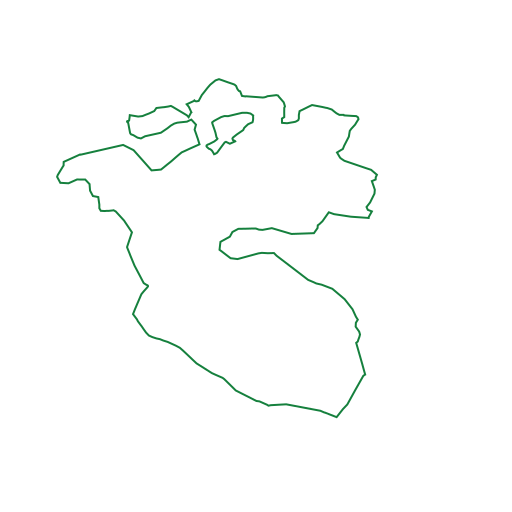 the district of Hazm Al Odayn, Ibb, Yemen, rotated 246°
{"feature_id": "15242507B15559631909516", "entity_name": "Hazm Al Odayn", "entity_type": "district", "adm_level": 2, "iso_a3": "YEM", "parent_name": "Yemen", "parent_adm1": "Ibb", "projection": "albers", "projection_center": [43.968, 14.112], "detail": "fine", "context": "isolated", "style": "outline", "palette": "green", "viewbox_px": 512, "rotation_deg": 246, "n_neighbors": 0, "source": "geoboundaries", "source_scale": "gbopen_adm2", "svg_char_len": 5043}
<svg xmlns="http://www.w3.org/2000/svg" viewBox="0 0 512 512"><g transform="rotate(246 256 256)"><path d="M114.2,206.5L113.7,208.8L109.7,219.4L108.2,223.3L88.4,251.9L85.2,254.8L85.0,255.2L76.0,264.1L80.8,273.2L83.2,279.0L93.8,293.0L94.0,293.3L102.9,305.3L103.3,307.3L103.3,307.5L108.1,308.2L114.0,309.1L135.9,312.2L136.5,314.2L138.1,315.6L140.0,317.5L142.0,319.1L145.0,319.5L150.9,318.3L154.4,320.1L156.4,323.1L159.9,322.6L168.1,322.5L180.5,319.4L195.0,312.4L196.8,310.6L200.7,306.7L203.1,304.3L206.4,299.9L208.5,298.1L213.0,293.9L224.6,287.6L247.9,274.9L251.4,273.6L253.7,268.0L256.5,262.6L257.4,259.3L260.7,237.9L264.3,231.9L269.4,229.1L274.6,226.3L275.1,226.0L276.5,225.2L282.1,228.5L283.4,229.3L284.3,240.0L287.5,244.2L287.7,246.5L288.0,250.9L284.9,258.2L282.6,263.8L282.2,264.7L282.1,264.8L281.7,265.9L281.3,266.6L281.2,267.0L278.9,269.4L277.2,272.6L275.0,281.8L261.7,297.4L255.8,312.0L253.3,318.2L256.5,323.6L258.9,324.9L259.3,326.8L260.7,330.8L261.7,332.5L265.8,339.4L266.3,340.3L262.5,344.3L253.4,358.5L244.9,374.4L245.9,375.0L249.6,380.0L252.7,376.9L255.8,376.9L256.7,378.6L258.5,382.0L264.8,389.6L268.2,391.5L271.3,391.8L277.3,392.3L277.2,396.4L279.2,397.4L281.0,399.5L287.9,396.2L292.0,391.7L307.0,375.5L310.3,373.4L311.6,372.8L313.3,372.6L317.6,372.1L318.2,376.6L318.4,378.8L319.8,380.3L320.8,381.3L327.3,389.4L330.1,391.2L332.2,392.6L332.4,393.0L333.4,394.7L335.7,400.0L336.5,401.1L338.6,404.2L339.2,405.2L340.4,405.5L341.4,405.5L343.0,404.5L345.1,400.4L348.6,393.7L349.3,393.5L351.0,389.6L353.6,387.6L355.8,386.4L359.0,384.8L362.2,381.3L363.2,379.8L363.9,378.9L364.7,377.8L365.3,377.0L370.9,368.9L371.1,368.6L371.0,364.7L370.9,362.4L370.7,357.6L370.7,356.5L370.6,354.7L367.4,352.5L364.2,351.1L362.9,349.9L362.7,348.2L362.6,346.7L363.1,344.4L363.4,343.3L363.6,342.5L364.6,338.5L367.0,334.0L367.1,333.9L371.0,335.6L371.4,338.3L373.7,339.3L376.0,340.3L378.8,341.6L379.9,342.1L380.7,343.1L380.9,343.3L383.8,343.7L385.2,343.8L392.4,341.6L393.6,341.4L394.7,340.0L395.3,338.0L397.3,331.5L397.3,331.1L397.3,329.8L397.5,328.4L398.0,326.7L406.0,311.8L406.1,311.1L406.3,310.9L407.9,308.3L408.2,308.3L412.9,308.5L413.6,307.6L415.5,307.0L417.1,306.9L419.4,307.0L421.3,306.1L422.6,304.8L426.0,301.1L430.2,296.7L432.6,294.1L432.9,290.4L431.2,284.2L430.8,283.2L429.3,280.0L426.8,275.3L425.1,272.0L421.0,266.7L421.4,264.9L421.7,264.1L422.2,263.5L423.2,263.0L422.9,262.5L422.8,254.4L419.6,255.3L413.6,255.4L413.6,255.2L410.2,250.9L412.4,250.2L413.2,249.7L426.2,240.5L427.7,239.3L428.3,236.4L429.4,232.4L429.7,231.6L430.5,229.1L430.8,228.1L431.1,227.2L431.7,225.2L429.8,222.0L429.7,216.1L429.9,212.8L430.0,209.2L431.3,205.1L436.0,198.0L434.1,196.9L431.4,195.2L431.2,194.6L431.4,194.0L431.6,193.3L431.3,192.9L430.5,192.9L429.7,193.4L420.4,191.2L419.2,191.0L418.0,191.3L416.3,193.1L412.3,195.9L410.2,198.7L410.5,203.4L407.5,218.2L407.3,219.3L408.7,227.0L409.8,231.4L410.2,235.2L409.8,238.3L409.0,240.9L406.8,247.6L406.9,249.9L406.9,251.1L406.9,252.4L400.4,254.6L396.4,251.3L391.2,250.9L388.1,250.6L387.5,250.6L381.0,249.8L381.0,239.8L380.9,233.6L380.9,230.3L379.8,226.3L378.6,222.3L377.3,218.2L376.8,216.5L375.9,213.0L375.7,212.2L374.1,206.3L373.6,204.4L374.8,200.8L376.7,195.4L387.5,192.0L401.3,187.6L402.5,187.2L411.5,179.8L419.9,136.9L420.3,136.6L420.2,118.6L418.8,117.9L417.0,117.1L415.6,115.0L410.6,107.8L409.2,106.5L402.4,107.0L402.2,107.5L398.7,114.3L398.7,123.6L395.3,131.1L389.3,133.2L388.9,133.0L383.2,131.0L377.1,131.4L374.0,135.9L369.9,134.7L366.7,133.8L363.3,132.3L360.4,132.6L358.6,136.1L358.1,137.6L357.2,139.6L355.7,144.3L355.7,144.5L353.7,146.0L342.0,149.9L340.1,150.2L328.1,152.3L316.8,142.0L316.5,141.8L315.1,141.7L309.4,141.5L307.8,141.4L296.6,141.1L284.8,141.9L278.1,142.3L276.9,142.4L274.6,143.9L274.5,144.0L274.3,144.1L273.6,144.8L272.9,145.2L272.2,145.0L271.5,143.8L269.4,139.1L267.8,135.9L267.5,135.5L259.7,127.1L258.0,125.3L257.3,124.5L252.9,120.0L246.4,121.5L245.3,121.5L244.3,121.6L239.3,122.7L239.1,122.8L234.7,123.6L230.8,124.4L226.9,125.8L224.1,128.3L221.2,131.5L219.1,134.4L216.5,136.9L213.4,140.4L206.7,146.3L203.1,149.1L198.9,151.0L195.1,152.6L187.1,155.9L182.1,158.0L166.9,168.1L166.7,168.3L164.1,170.6L158.3,175.9L156.5,176.9L143.5,182.0L141.4,182.8L136.1,187.1L123.4,197.4L121.8,200.0L115.6,205.6L114.2,206.5ZM378.4,267.7L378.8,268.5L380.6,268.2L385.0,269.1L385.9,269.2L387.6,269.4L394.8,270.0L395.9,270.3L396.1,271.0L396.5,272.7L397.1,280.7L396.7,284.1L395.1,287.4L392.5,301.4L390.5,306.0L388.4,308.9L385.5,310.6L384.9,310.2L383.9,309.8L382.3,309.1L380.8,308.2L379.6,307.2L379.6,306.7L379.6,305.1L379.6,304.1L379.6,303.8L379.6,302.4L378.6,299.4L377.8,297.3L376.3,295.6L376.1,294.8L374.8,287.8L373.6,283.2L373.0,282.3L372.5,282.2L371.8,282.1L371.3,282.1L370.6,282.8L369.3,283.7L369.2,283.7L369.2,278.7L369.2,277.8L372.5,275.0L372.5,273.9L372.5,273.6L369.6,268.4L366.2,262.5L365.9,260.2L366.0,259.1L367.7,259.0L370.3,258.6L372.1,257.7L373.0,256.7L374.4,256.0L375.6,255.5L376.4,255.4L377.1,255.8L377.4,257.0L377.3,258.9L377.5,262.5L377.6,264.4L378.4,267.7Z" fill="none" stroke="#15803d" stroke-width="2"/></g></svg>